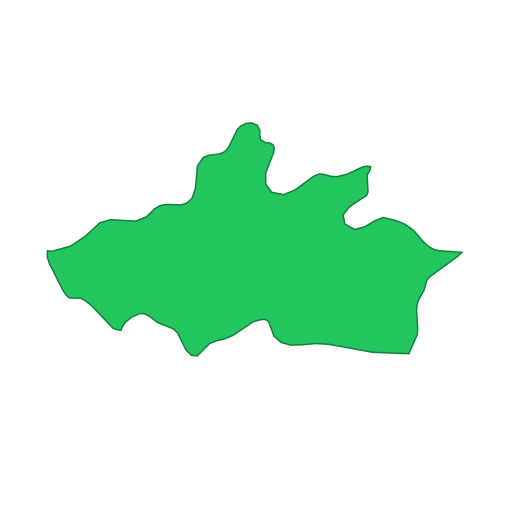 the border of Syunik, rotated 301°
{"feature_id": "ARM-1732", "entity_name": "Syunik", "entity_type": "Province", "adm_level": 1, "iso_a3": "ARM", "parent_name": "Armenia", "parent_adm1": "", "projection": "robinson", "projection_center": [46.179, 39.357], "detail": "fine", "context": "isolated", "style": "filled", "palette": "green", "viewbox_px": 512, "rotation_deg": 301, "n_neighbors": 0, "source": "natural_earth", "source_scale": "10m", "svg_char_len": 1735}
<svg xmlns="http://www.w3.org/2000/svg" viewBox="0 0 512 512"><g transform="rotate(301 256 256)"><path d="M153.0,74.6L155.3,79.1L168.8,91.8L175.2,94.9L185.1,99.6L204.0,105.0L212.2,112.6L223.8,134.8L233.2,141.9L244.6,145.0L249.8,147.8L254.1,152.8L261.2,165.4L265.6,169.4L272.3,171.4L282.7,169.3L303.2,159.4L313.5,160.1L317.8,163.4L324.9,172.4L329.4,175.5L335.3,176.5L354.3,174.8L359.1,175.8L364.1,178.8L367.8,183.6L368.7,189.6L366.0,194.3L361.7,196.9L358.1,199.9L358.1,206.0L360.1,209.8L360.0,213.3L358.0,216.0L354.3,217.6L354.2,217.7L332.2,221.6L322.7,227.2L318.7,236.6L322.9,248.2L332.7,255.4L354.4,264.5L359.2,268.3L361.4,273.6L363.0,279.5L366.0,284.9L373.2,292.1L386.1,300.7L388.1,302.4L390.1,304.6L390.5,305.6L391.6,308.1L388.9,309.4L382.6,309.6L368.6,319.0L364.9,319.6L346.6,310.8L336.1,309.5L329.2,315.6L329.5,326.9L337.2,334.2L347.2,339.6L354.5,345.1L358.3,357.2L360.0,367.6L359.1,377.9L355.2,389.6L355.0,390.7L354.5,391.8L353.5,396.3L353.0,400.8L353.3,405.3L354.6,409.6L365.1,430.6L359.6,429.1L328.2,415.8L324.1,415.0L320.9,415.4L313.6,417.6L301.9,418.1L297.9,418.9L292.1,421.6L276.4,432.4L271.1,434.8L251.0,437.4L233.5,405.5L217.8,363.9L211.7,352.2L203.9,341.6L197.5,331.6L194.8,322.0L196.6,312.6L203.9,303.6L205.9,301.1L206.6,298.5L205.9,295.7L203.9,292.8L197.8,287.2L180.6,279.3L176.2,277.2L169.0,272.0L163.3,266.1L157.1,261.3L140.1,257.1L139.3,255.4L137.6,251.6L139.5,244.2L149.6,228.5L151.0,222.7L148.3,205.9L149.3,196.5L149.2,190.3L146.5,185.7L139.7,181.0L131.4,178.0L124.5,178.1L122.8,178.5L122.7,178.4L122.5,177.9L121.1,174.2L120.7,172.7L120.4,170.7L128.6,141.1L129.7,133.3L129.6,127.6L123.9,117.6L124.6,113.6L127.2,108.1L143.2,82.7L147.7,77.5L153.0,74.6Z" fill="#22c55e" stroke="#15803d" stroke-width="1.5"/></g></svg>